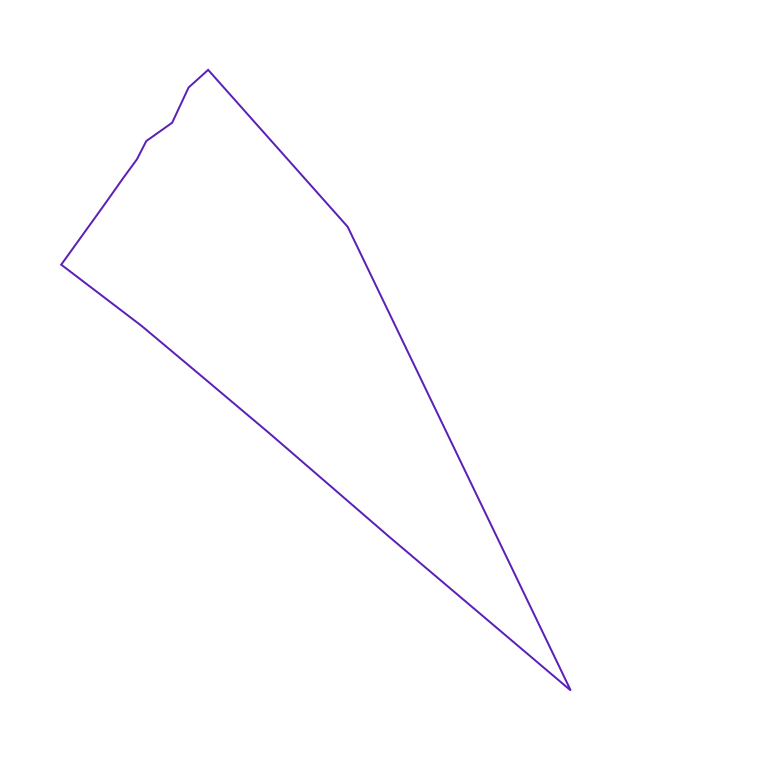 the district of Nova Floresta, Paraíba, Brazil, rotated 311°
{"feature_id": "56859067B50787549545367", "entity_name": "Nova Floresta", "entity_type": "district", "adm_level": 2, "iso_a3": "BRA", "parent_name": "Brazil", "parent_adm1": "Paraíba", "projection": "natural_earth1", "projection_center": [-36.208, -6.495], "detail": "fine", "context": "isolated", "style": "outline", "palette": "violet", "viewbox_px": 768, "rotation_deg": 311, "n_neighbors": 0, "source": "geoboundaries", "source_scale": "gbopen_adm2", "svg_char_len": 337}
<svg xmlns="http://www.w3.org/2000/svg" viewBox="0 0 768 768"><g transform="rotate(311 384 384)"><path d="M262.3,62.1L268.8,162.6L270.2,240.2L271.6,330.6L272.1,488.3L275.2,726.0L478.8,253.5L505.7,45.2L479.6,42.0L442.2,52.7L411.4,45.2L391.6,50.1L367.8,52.1L336.2,55.3L262.3,62.1Z" fill="none" stroke="#5b21b6" stroke-width="2"/></g></svg>